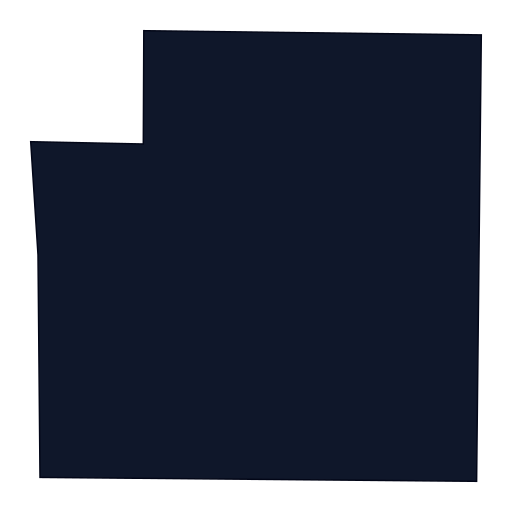 the district of Otsego, Michigan, United States of America
{"feature_id": "52423323B37183353111965", "entity_name": "Otsego", "entity_type": "district", "adm_level": 2, "iso_a3": "USA", "parent_name": "United States of America", "parent_adm1": "Michigan", "projection": "mercator", "projection_center": [-84.642, 45.028], "detail": "fine", "context": "isolated", "style": "filled", "palette": "ink", "viewbox_px": 512, "rotation_deg": 0, "n_neighbors": 0, "source": "geoboundaries", "source_scale": "gbopen_adm2", "svg_char_len": 223}
<svg xmlns="http://www.w3.org/2000/svg" viewBox="0 0 512 512"><path d="M476.6,481.3L481.3,34.9L143.8,30.7L143.3,144.0L30.7,141.7L38.0,254.9L40.0,477.4L476.6,481.3Z" fill="#0f172a" stroke="#020617" stroke-width="1.5"/></svg>